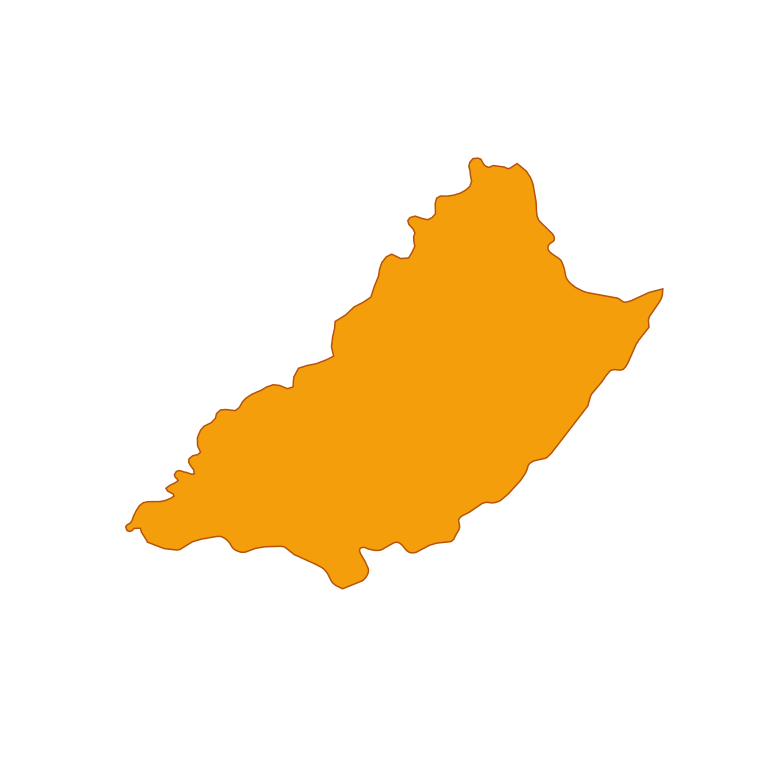 Durazno, Albers equal-area conic projection, rotated 337°
{"feature_id": "URY-13", "entity_name": "Durazno", "entity_type": "Department", "adm_level": 1, "iso_a3": "URY", "parent_name": "Uruguay", "parent_adm1": "", "projection": "albers", "projection_center": [-56.089, -32.962], "detail": "fine", "context": "isolated", "style": "filled", "palette": "amber", "viewbox_px": 768, "rotation_deg": 337, "n_neighbors": 0, "source": "natural_earth", "source_scale": "10m", "svg_char_len": 3799}
<svg xmlns="http://www.w3.org/2000/svg" viewBox="0 0 768 768"><g transform="rotate(337 384 384)"><path d="M553.9,211.3L558.6,212.7L561.0,214.9L561.5,220.1L562.0,221.8L563.0,223.6L565.0,225.5L566.7,225.7L568.3,225.5L570.3,225.8L579.8,231.5L580.9,232.9L582.1,234.1L584.3,234.6L592.7,233.1L598.2,243.7L599.4,250.7L599.5,254.6L599.2,258.6L595.2,275.6L591.5,285.7L590.5,289.3L590.4,293.2L590.8,295.1L597.7,311.5L598.1,313.5L598.0,315.3L597.5,317.1L596.6,318.3L595.1,318.9L591.5,319.6L590.1,320.3L588.9,321.3L588.1,322.7L587.6,324.4L588.1,326.8L589.3,329.5L593.8,336.4L594.9,338.6L595.3,340.3L595.4,342.1L595.0,348.3L593.4,355.9L593.3,357.9L593.9,361.4L595.2,364.9L598.2,370.1L603.2,376.1L606.8,379.3L632.4,396.1L633.2,396.9L633.2,397.0L633.3,397.1L636.2,401.6L637.3,402.7L640.1,403.5L644.4,403.9L663.9,403.3L677.8,405.4L675.2,410.5L674.3,411.8L672.4,413.9L669.9,415.9L654.7,425.6L652.3,428.5L650.1,435.3L636.3,442.8L631.7,445.9L616.7,460.0L613.0,462.6L610.1,464.0L608.1,463.8L606.4,463.3L602.0,460.9L600.1,460.3L597.7,460.1L591.8,463.0L585.6,467.0L570.8,474.6L568.5,476.9L563.1,483.8L511.4,512.9L505.3,515.3L503.3,515.4L493.3,513.5L490.8,513.4L487.5,513.9L485.6,514.8L484.3,516.0L483.3,517.4L481.6,519.3L479.0,521.6L471.9,526.2L455.3,533.8L446.3,536.6L444.3,536.9L440.4,536.6L438.5,536.2L436.9,535.6L432.5,533.1L430.8,532.6L428.8,532.4L426.8,532.5L412.7,535.3L403.6,536.0L401.1,537.0L399.6,538.3L399.0,540.0L398.3,543.7L397.4,545.7L395.9,547.5L390.3,551.7L387.7,554.1L385.7,554.9L383.6,555.1L370.5,551.1L363.0,550.2L347.7,551.5L345.8,551.1L344.1,550.5L342.6,549.7L341.4,548.7L340.5,547.4L339.7,546.0L337.7,539.5L337.0,538.0L336.2,536.6L335.2,535.5L333.8,534.6L332.1,534.1L330.0,534.1L317.4,535.6L315.4,535.4L313.6,534.9L310.4,533.5L306.4,530.7L305.1,529.7L302.8,527.3L301.2,526.3L298.5,525.8L297.0,526.6L296.3,528.1L296.1,530.0L296.2,532.0L297.2,539.6L297.4,547.7L296.7,550.0L295.2,552.2L291.7,555.0L289.2,556.1L287.1,556.7L265.8,556.3L260.6,550.2L258.8,546.4L258.5,544.6L258.0,536.8L257.7,535.0L256.8,532.0L256.0,530.2L254.5,527.9L252.7,525.9L251.5,524.2L234.7,505.9L229.3,496.0L228.4,494.8L225.5,493.0L210.5,487.2L201.5,485.1L190.9,484.6L188.6,483.9L186.1,482.6L182.8,479.5L181.3,477.3L180.5,475.2L179.7,469.7L178.6,466.5L177.0,463.7L175.0,461.3L173.7,460.3L170.6,459.0L155.0,455.4L146.0,454.4L131.4,456.6L128.4,455.9L117.3,449.6L104.4,437.1L104.4,435.1L102.8,425.5L103.5,421.6L97.5,419.3L95.0,420.5L92.1,420.3L90.2,418.5L90.3,414.9L91.7,413.5L96.4,412.7L98.5,411.4L102.0,407.6L106.5,403.7L111.3,400.5L116.0,399.2L121.0,400.2L132.1,404.8L137.4,405.8L143.6,405.8L146.9,405.1L146.9,402.9L143.0,398.0L142.5,394.8L147.0,393.7L153.0,393.3L156.8,392.5L156.6,391.0L155.5,388.4L155.5,385.7L158.6,383.4L161.4,383.5L163.7,385.1L165.6,386.9L167.1,387.8L171.6,391.8L174.2,392.6L175.3,388.9L173.9,382.9L173.7,379.6L175.2,376.7L179.9,375.3L185.0,376.2L188.5,375.1L188.3,369.9L188.3,367.8L191.2,360.7L193.6,358.1L197.3,354.7L202.0,352.5L210.0,352.1L215.4,349.7L218.4,345.7L223.4,344.0L228.5,345.7L236.7,350.4L241.6,349.1L246.7,345.2L251.3,343.1L257.9,341.9L263.3,341.7L268.0,341.8L274.9,340.9L281.8,341.4L287.4,344.6L293.3,350.6L299.2,351.1L302.0,345.4L303.9,342.2L311.4,336.1L320.2,336.9L329.4,338.8L339.8,339.2L348.5,338.7L350.2,329.2L355.0,320.8L360.0,313.9L363.5,307.3L375.5,305.5L386.8,301.3L396.4,300.7L405.9,298.9L413.3,290.3L421.0,282.7L424.8,276.6L429.5,271.3L436.0,267.8L441.8,267.5L448.5,275.1L455.8,277.6L461.6,273.5L466.1,269.3L467.4,263.9L468.8,260.0L471.5,257.1L471.3,252.6L469.2,246.6L469.8,242.8L472.9,241.0L478.2,241.6L484.0,246.7L488.5,249.9L493.5,249.5L497.9,247.4L501.6,238.0L505.1,233.5L509.4,233.0L515.2,235.6L521.4,237.3L528.4,238.1L534.6,237.5L540.2,235.7L543.9,231.5L545.0,226.1L546.5,221.4L547.1,216.9L549.6,213.5L553.9,211.3Z" fill="#f59e0b" stroke="#b45309" stroke-width="1.5"/></g></svg>